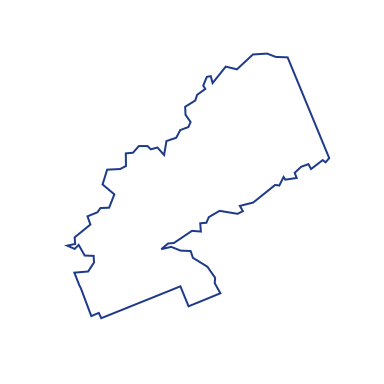 Sutter, California, United States of America (Natural Earth projection), rotated 68°
{"feature_id": "52423323B19973672472498", "entity_name": "Sutter", "entity_type": "district", "adm_level": 2, "iso_a3": "USA", "parent_name": "United States of America", "parent_adm1": "California", "projection": "natural_earth1", "projection_center": [-121.688, 39.02], "detail": "fine", "context": "isolated", "style": "outline", "palette": "blue", "viewbox_px": 384, "rotation_deg": 68, "n_neighbors": 0, "source": "geoboundaries", "source_scale": "gbopen_adm2", "svg_char_len": 1212}
<svg xmlns="http://www.w3.org/2000/svg" viewBox="0 0 384 384"><g transform="rotate(68 192 192)"><path d="M296.5,203.6L285.1,205.1L280.2,202.7L267.1,205.7L253.4,215.8L246.2,215.4L242.1,224.5L235.1,231.8L233.5,241.9L230.8,233.4L232.5,227.9L228.0,206.6L232.0,198.6L224.1,196.1L225.9,190.2L221.6,185.8L219.8,173.5L229.3,157.9L228.8,152.0L222.8,152.8L224.7,139.2L216.6,112.3L218.7,108.6L212.4,101.5L215.5,100.9L218.2,89.7L212.7,89.6L209.5,81.3L209.8,73.6L215.3,73.0L211.4,58.9L214.5,57.0L212.0,52.1L103.0,52.9L98.1,63.8L91.8,70.5L87.3,84.0L95.1,104.4L88.4,113.7L98.7,132.1L91.6,131.2L90.8,135.1L97.5,141.7L101.4,141.1L103.8,150.8L108.4,154.7L110.4,166.4L118.0,169.1L126.6,167.1L130.4,171.0L130.2,179.7L135.8,186.3L135.2,196.6L147.2,204.0L137.8,207.4L137.0,214.2L132.8,216.0L129.5,224.1L133.5,232.0L131.4,238.9L143.2,243.5L143.8,250.0L139.5,262.3L151.5,272.1L165.1,264.9L175.5,274.7L172.6,282.9L175.4,287.3L175.4,298.0L184.1,298.4L190.1,317.8L196.4,319.8L195.0,327.8L200.8,322.1L198.6,316.9L210.7,315.3L214.4,307.1L220.7,309.3L226.8,318.1L222.7,331.3L236.6,331.4L239.6,331.1L267.3,331.8L269.3,331.9L269.2,323.7L275.0,323.4L275.1,238.1L296.7,238.0L296.5,203.6Z" fill="none" stroke="#1e3a8a" stroke-width="2"/></g></svg>